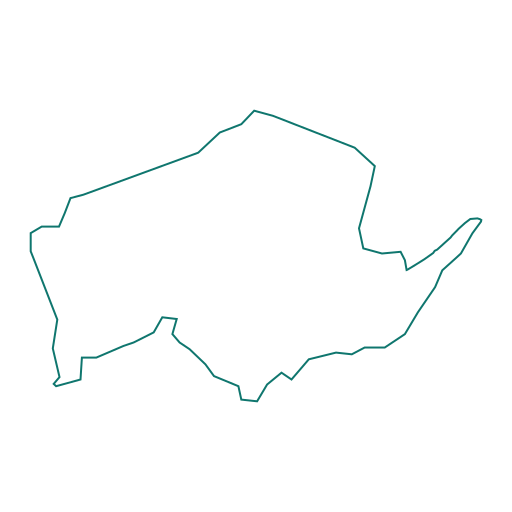 the district of Etangs, Soufrière, Saint Lucia
{"feature_id": "8701671B18356236998563", "entity_name": "Etangs", "entity_type": "district", "adm_level": 2, "iso_a3": "LCA", "parent_name": "Saint Lucia", "parent_adm1": "Soufrière", "projection": "natural_earth1", "projection_center": [-61.04, 13.819], "detail": "fine", "context": "isolated", "style": "outline", "palette": "teal", "viewbox_px": 512, "rotation_deg": 0, "n_neighbors": 0, "source": "geoboundaries", "source_scale": "gbopen_adm2", "svg_char_len": 1059}
<svg xmlns="http://www.w3.org/2000/svg" viewBox="0 0 512 512"><path d="M259.7,112.2L257.8,111.7L254.2,110.7L241.3,124.2L219.8,132.5L198.2,152.7L83.4,194.7L70.5,198.1L64.7,213.2L59.0,226.6L41.7,226.6L30.7,233.1L30.7,251.3L33.6,258.6L57.3,319.6L52.8,348.4L59.5,377.1L53.7,383.9L56.1,386.2L80.5,379.5L81.9,357.6L96.3,357.6L123.6,345.9L133.6,342.5L153.7,332.4L162.3,317.3L176.7,319.0L172.4,334.1L179.6,342.5L189.6,349.2L205.4,364.3L214.0,376.1L238.4,386.2L241.3,399.6L257.1,401.3L267.1,384.5L281.5,372.7L291.5,379.5L308.8,359.3L317.4,357.2L336.0,352.6L351.8,354.3L364.7,347.5L384.8,347.5L404.9,334.1L417.9,312.3L435.1,287.1L442.3,270.3L455.1,258.8L460.9,253.5L472.4,233.3L481.0,221.6L481.3,220.0L480.0,219.2L477.4,218.4L470.3,219.0L464.9,223.1L458.6,228.8L457.4,230.1L452.1,235.5L450.6,237.5L444.6,242.9L437.2,249.6L434.7,250.8L433.2,253.0L424.3,259.3L415.0,265.1L407.4,269.7L406.6,270.0L404.9,260.2L400.6,251.8L382.0,253.5L363.3,248.4L359.0,228.3L370.5,186.3L374.8,166.1L354.7,147.7L272.9,115.8L259.7,112.2Z" fill="none" stroke="#0f766e" stroke-width="2"/></svg>